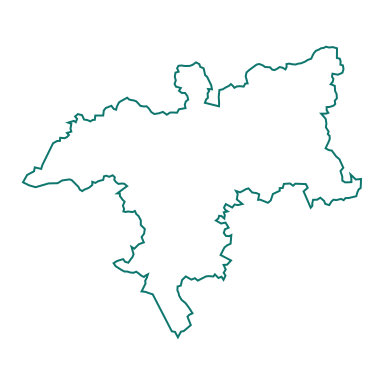 outline of Marau, Rio Grande do Sul, Brazil
{"feature_id": "56859067B44475036687569", "entity_name": "Marau", "entity_type": "district", "adm_level": 2, "iso_a3": "BRA", "parent_name": "Brazil", "parent_adm1": "Rio Grande do Sul", "projection": "mercator", "projection_center": [-52.267, -28.487], "detail": "fine", "context": "isolated", "style": "outline", "palette": "teal", "viewbox_px": 384, "rotation_deg": 0, "n_neighbors": 0, "source": "geoboundaries", "source_scale": "gbopen_adm2", "svg_char_len": 4682}
<svg xmlns="http://www.w3.org/2000/svg" viewBox="0 0 384 384"><path d="M230.6,243.7L231.3,235.1L229.1,236.2L225.9,235.9L223.8,233.0L224.9,229.3L228.6,227.7L225.5,222.6L221.1,223.5L215.9,220.5L218.4,218.5L219.1,215.8L221.5,216.1L224.3,218.5L224.8,215.2L223.8,212.3L227.6,211.4L225.2,209.8L224.0,207.6L225.8,204.1L232.2,207.5L234.7,204.5L237.9,205.1L242.4,204.0L236.8,199.4L237.7,194.0L236.0,191.0L240.1,192.3L242.9,190.9L245.8,189.2L248.5,188.4L252.2,192.5L256.5,193.1L259.2,194.3L258.1,199.8L260.3,199.7L267.9,202.8L270.7,200.5L272.9,194.0L279.7,190.8L279.7,188.1L282.7,188.0L283.9,183.9L290.0,183.5L293.1,185.7L295.3,183.7L305.9,184.1L307.7,187.8L303.6,191.4L310.7,207.7L312.3,205.9L312.3,203.3L313.1,199.8L317.2,199.7L320.3,197.7L324.1,200.9L325.3,203.9L329.2,205.1L331.5,201.5L333.5,199.7L336.3,200.1L341.1,198.9L343.6,200.2L345.5,198.1L348.8,198.0L356.3,196.2L357.4,192.3L358.7,189.4L360.6,188.1L360.8,185.3L361.0,179.0L355.8,179.5L350.6,174.5L351.3,178.0L351.4,182.1L348.0,182.3L345.0,182.3L342.3,180.6L342.3,176.7L340.5,171.0L343.3,167.8L339.4,159.2L336.2,156.5L331.8,150.6L328.6,150.0L325.6,148.3L328.7,141.7L329.8,138.8L329.5,135.7L327.8,134.1L328.6,131.6L325.9,127.3L326.4,123.5L325.7,118.9L323.6,116.4L321.2,113.7L326.1,113.6L328.3,112.8L326.7,110.3L326.6,107.1L329.8,106.9L333.5,105.7L335.2,104.1L334.8,100.7L336.9,98.3L336.6,94.1L335.1,91.0L334.8,85.9L330.7,84.2L332.7,81.8L333.4,78.9L332.0,76.7L332.5,73.7L337.8,74.7L340.3,73.7L342.4,72.8L343.5,69.1L342.9,65.4L340.4,64.7L340.6,61.2L339.8,58.7L336.9,58.0L337.0,48.3L332.7,47.1L329.0,47.5L326.0,46.7L324.0,47.8L321.0,48.3L318.5,49.8L315.9,50.8L313.9,53.1L312.5,55.8L311.2,58.7L307.6,60.0L305.0,61.7L301.0,63.3L298.0,63.7L295.7,64.5L292.5,64.3L289.1,63.6L286.5,64.1L286.6,67.0L285.4,69.4L282.4,67.6L279.6,67.1L276.9,68.9L274.4,70.1L272.2,69.6L270.1,67.3L265.1,67.0L262.7,65.3L259.2,64.0L256.6,64.6L251.0,68.7L249.0,70.2L246.5,72.5L245.7,76.4L247.6,83.4L245.2,83.6L243.7,86.6L240.1,86.2L236.9,86.4L234.4,87.8L232.8,85.8L230.9,84.1L228.9,85.9L225.8,87.4L222.8,89.3L219.4,90.0L218.7,96.9L219.1,102.5L219.0,106.3L204.9,102.8L206.1,99.5L207.9,97.8L207.6,93.3L209.1,91.2L208.1,89.0L212.0,89.3L211.2,85.2L209.5,81.7L207.1,76.8L205.2,75.2L203.6,68.3L200.3,66.9L199.3,64.1L196.0,62.4L192.7,64.8L189.8,65.9L185.0,66.0L181.4,65.5L178.5,65.8L177.1,68.2L178.6,71.7L175.5,72.6L174.8,76.8L175.8,80.4L174.6,83.9L175.9,86.6L180.8,88.0L179.0,90.8L181.7,92.9L185.1,93.0L187.3,96.0L188.2,99.6L185.8,101.5L184.8,104.7L185.5,108.1L178.9,109.3L177.1,112.7L173.3,112.5L170.2,112.5L166.8,114.7L162.9,111.9L158.9,113.3L154.3,114.0L151.3,112.1L148.8,108.4L146.6,106.3L143.8,106.5L140.3,105.8L138.5,103.7L136.2,101.3L133.7,100.4L131.5,100.1L129.1,99.5L127.2,97.7L121.2,101.0L119.2,102.2L118.0,104.3L116.8,106.9L116.1,109.7L113.7,108.9L111.4,105.8L108.6,106.9L105.8,108.0L103.8,110.5L103.2,115.5L95.3,115.5L94.8,119.8L92.6,120.0L90.4,121.4L87.5,120.1L84.0,119.5L82.1,115.2L77.9,114.1L75.1,116.5L77.1,118.9L75.8,122.2L73.9,120.9L68.2,122.6L71.3,123.8L70.5,128.7L71.3,131.6L67.0,133.0L68.9,135.0L67.1,137.0L64.7,138.2L60.2,137.8L59.9,140.9L57.2,141.0L53.1,143.2L42.4,164.9L41.2,168.9L34.8,167.4L34.0,171.3L27.1,175.0L23.0,182.3L29.3,185.4L35.6,187.2L43.5,184.9L48.6,183.4L57.6,183.2L62.3,180.4L69.5,179.4L71.7,180.1L74.6,183.0L78.4,186.8L79.8,189.6L82.3,191.1L84.4,189.6L87.5,188.4L89.6,187.3L92.3,185.0L92.3,181.8L95.3,182.9L98.5,181.1L103.2,179.9L104.0,176.3L106.3,175.7L109.1,176.8L112.7,175.3L114.8,177.3L114.3,179.8L116.1,182.2L118.5,183.9L122.0,183.5L124.4,183.8L127.1,186.1L117.2,193.4L119.8,193.5L120.0,196.2L122.5,199.6L124.6,201.7L122.9,205.6L124.1,208.9L123.4,211.4L125.7,212.0L127.9,211.5L130.4,211.8L132.7,212.0L134.9,211.0L136.2,213.9L138.6,216.1L140.8,220.3L140.8,225.0L144.8,229.0L144.1,233.6L141.6,237.1L143.8,242.4L138.9,244.2L134.3,248.7L131.5,246.9L132.9,251.9L133.6,254.2L132.5,257.0L130.0,260.3L128.3,262.7L125.1,261.8L123.1,259.1L117.1,261.0L113.6,263.2L115.7,266.3L118.2,267.8L121.2,269.8L124.4,271.5L127.2,271.5L130.3,272.5L133.5,272.8L136.2,271.7L138.7,273.4L140.9,275.4L143.9,277.0L145.6,275.5L147.9,274.3L146.8,277.8L145.2,280.7L145.5,283.6L141.6,291.4L145.6,291.9L149.7,293.4L152.7,294.3L171.8,331.3L175.0,331.9L177.9,337.3L180.9,331.7L183.8,331.0L190.8,325.1L187.5,316.7L189.1,314.9L192.5,313.3L189.1,307.9L185.5,303.1L181.5,299.8L179.1,295.6L178.5,292.8L177.4,290.4L177.6,286.5L180.8,285.6L182.0,280.1L185.8,276.4L189.0,278.3L191.4,279.6L194.9,278.2L197.8,280.6L206.0,276.4L208.8,276.1L213.4,276.5L214.9,274.4L218.5,278.0L221.5,276.7L223.5,279.8L225.5,275.6L223.7,272.8L225.7,269.5L223.6,264.9L227.1,264.7L231.0,260.5L220.6,255.0L224.5,247.4L227.2,245.3L230.6,243.7Z" fill="none" stroke="#0f766e" stroke-width="2"/></svg>